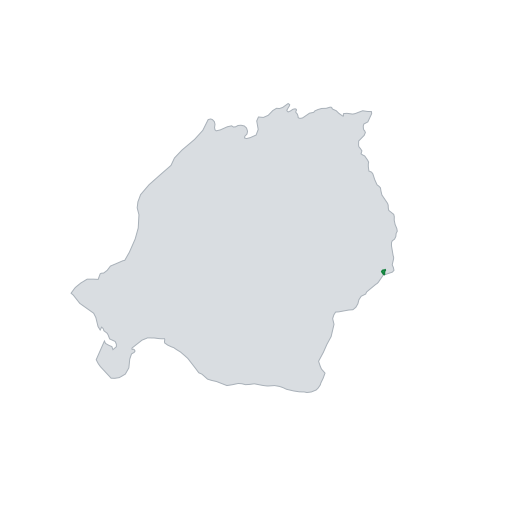 Tarsolt, Satu Mare, Romania shown in context, rotated 127°
{"feature_id": "2599482B11376721616629", "entity_name": "Tarsolt", "entity_type": "district", "adm_level": 2, "iso_a3": "ROU", "parent_name": "Romania", "parent_adm1": "Satu Mare", "projection": "mercator", "projection_center": [23.323, 47.964], "detail": "fine", "context": "in_parent", "style": "filled", "palette": "green", "viewbox_px": 512, "rotation_deg": 127, "n_neighbors": 0, "source": "geoboundaries", "source_scale": "gbopen_adm2", "svg_char_len": 4318}
<svg xmlns="http://www.w3.org/2000/svg" viewBox="0 0 512 512"><g transform="rotate(127 256 256)"><path d="M382.5,287.6L386.6,293.3L391.8,296.4L403.9,299.6L405.0,299.2L405.1,298.6L404.2,297.8L404.1,296.7L404.7,295.4L406.4,295.3L409.1,296.5L414.3,294.8L421.9,290.2L429.0,289.3L435.4,292.0L438.7,295.2L440.8,298.2L440.1,301.9L439.7,304.2L438.0,313.7L436.9,317.2L435.0,321.2L415.1,325.9L416.4,323.6L415.9,319.7L415.1,316.6L416.9,313.9L412.5,312.9L410.5,314.4L409.0,317.0L410.3,323.0L408.2,326.3L407.3,328.2L407.2,332.5L405.9,334.4L405.7,336.5L408.9,335.9L407.4,339.7L401.5,346.9L399.4,351.2L399.9,368.2L397.2,378.3L397.0,381.3L390.7,381.4L388.8,381.1L382.8,379.6L376.1,376.9L372.2,371.7L369.7,368.0L364.0,369.7L362.9,369.2L361.3,367.4L357.0,366.2L351.7,366.2L339.8,359.4L338.5,358.2L329.2,359.4L315.2,362.7L304.5,366.9L293.5,374.3L289.0,379.9L283.8,382.9L276.4,385.1L263.3,384.3L249.5,381.5L234.8,378.4L226.8,380.1L216.1,378.9L199.8,375.2L187.7,374.1L175.8,376.3L173.8,374.6L173.3,372.8L173.8,370.1L175.5,368.0L178.4,366.4L179.9,364.7L180.0,363.1L176.8,360.4L170.1,356.7L167.4,354.4L166.7,353.8L166.6,351.7L165.2,350.1L162.6,348.9L160.6,346.7L159.2,343.6L159.5,340.6L161.5,337.8L164.1,336.6L167.2,337.0L168.6,336.2L168.0,334.3L164.9,331.8L159.3,328.7L153.6,330.4L147.7,336.7L143.5,337.7L140.9,333.5L136.3,330.9L129.7,330.1L125.7,328.5L124.1,326.0L121.3,324.1L114.9,322.1L114.8,320.2L115.8,319.7L118.1,319.5L121.1,319.1L121.6,318.0L121.6,317.0L119.3,315.7L116.8,314.9L115.6,314.0L114.8,313.1L114.6,312.1L115.3,311.4L116.3,311.3L117.3,310.7L117.8,308.4L119.1,306.5L120.0,305.8L120.0,304.4L119.0,303.0L117.7,301.9L115.7,301.2L109.7,299.2L106.6,296.4L104.7,296.3L101.8,294.7L98.6,292.3L95.8,288.8L92.8,286.6L92.0,285.7L91.9,284.8L92.5,283.8L92.5,282.8L91.7,279.4L92.2,275.8L92.1,272.4L92.0,270.9L91.5,270.4L90.9,270.9L90.2,271.6L89.5,271.7L87.3,269.2L84.5,264.2L82.6,262.5L78.9,260.2L75.8,258.2L73.5,254.0L71.2,250.7L72.7,249.3L81.6,247.4L85.7,249.3L87.6,248.6L89.4,247.1L90.4,245.9L90.6,244.6L91.5,243.0L94.5,242.2L102.4,243.2L105.6,240.9L106.8,239.7L107.5,236.9L108.3,234.7L111.2,233.6L111.1,231.6L110.7,229.4L112.3,224.5L113.3,222.5L114.9,221.7L116.9,220.2L120.2,217.0L119.5,214.2L120.1,212.1L123.6,207.1L126.3,202.2L126.3,199.7L126.7,197.6L129.0,195.2L131.5,192.2L134.8,182.6L135.9,181.0L138.1,179.2L139.7,177.4L139.9,171.0L141.4,169.2L144.2,167.2L147.1,163.9L149.4,160.0L151.2,158.1L153.6,157.7L156.2,156.1L159.1,155.5L161.9,156.3L163.6,155.9L166.3,154.0L173.1,146.8L174.1,145.4L175.5,144.4L181.1,141.9L182.5,139.4L184.4,137.2L186.8,137.4L194.9,142.9L203.5,142.5L205.0,142.7L205.6,142.9L206.6,143.3L218.0,146.0L219.8,145.7L220.3,145.5L224.9,147.8L229.0,147.5L232.8,145.9L236.9,145.4L240.6,146.3L243.4,149.5L250.7,156.2L252.9,158.7L256.2,158.4L259.9,157.1L263.6,152.6L275.2,147.5L283.9,146.2L292.5,144.2L302.4,142.7L305.3,138.5L306.9,135.7L308.0,130.4L313.3,128.8L318.4,127.8L320.2,127.1L323.9,126.9L326.8,127.3L331.3,130.0L334.4,133.2L335.6,135.8L338.3,139.5L341.1,144.7L344.1,151.5L344.8,155.0L346.0,158.7L348.3,163.2L352.7,168.3L353.3,169.2L355.3,172.7L359.1,180.5L362.3,183.7L365.1,187.0L366.5,190.4L368.5,193.5L373.2,197.6L377.0,201.3L380.0,212.0L382.2,216.9L383.5,220.6L382.9,228.1L383.7,231.4L382.0,237.2L378.8,249.0L378.1,258.4L378.6,263.4L378.7,266.6L379.4,268.7L380.3,272.9L380.4,276.6L379.3,277.7L377.7,278.5L377.1,279.3L378.5,281.0L380.5,284.0L382.5,287.6Z" fill="#d9dde1" stroke="#a8b0b8" stroke-width="1"/><path d="M193.5,142.4L193.4,142.4L193.4,142.5L193.2,142.7L193.2,142.8L192.9,142.8L192.7,142.8L192.6,143.0L192.4,143.1L192.4,143.3L192.2,143.5L191.9,143.5L191.7,143.5L191.5,143.8L191.4,143.9L191.4,144.0L191.2,144.2L190.9,144.1L190.7,144.1L190.4,144.1L190.2,144.0L189.9,144.2L189.7,144.1L189.5,144.3L189.4,144.3L189.3,144.5L189.2,144.6L189.3,144.7L189.4,144.8L189.5,145.0L189.6,145.3L189.6,145.2L189.8,145.1L190.0,145.1L190.3,145.2L190.5,145.2L190.6,145.3L190.6,145.5L190.6,145.8L190.7,146.0L190.8,146.0L191.0,146.1L191.6,146.2L191.7,146.3L191.8,146.3L192.0,146.3L192.3,146.3L192.5,146.3L192.5,146.2L192.8,146.1L193.0,145.9L193.0,145.7L193.1,145.4L193.2,145.2L193.0,144.9L193.2,144.7L193.3,144.5L193.3,144.4L193.3,144.2L193.5,144.2L193.6,143.9L193.7,143.7L193.8,143.6L193.8,143.4L193.7,143.4L193.7,143.2L193.6,142.9L193.5,142.7L193.5,142.4Z" fill="#22c55e" stroke="#15803d" stroke-width="1.5"/></g></svg>